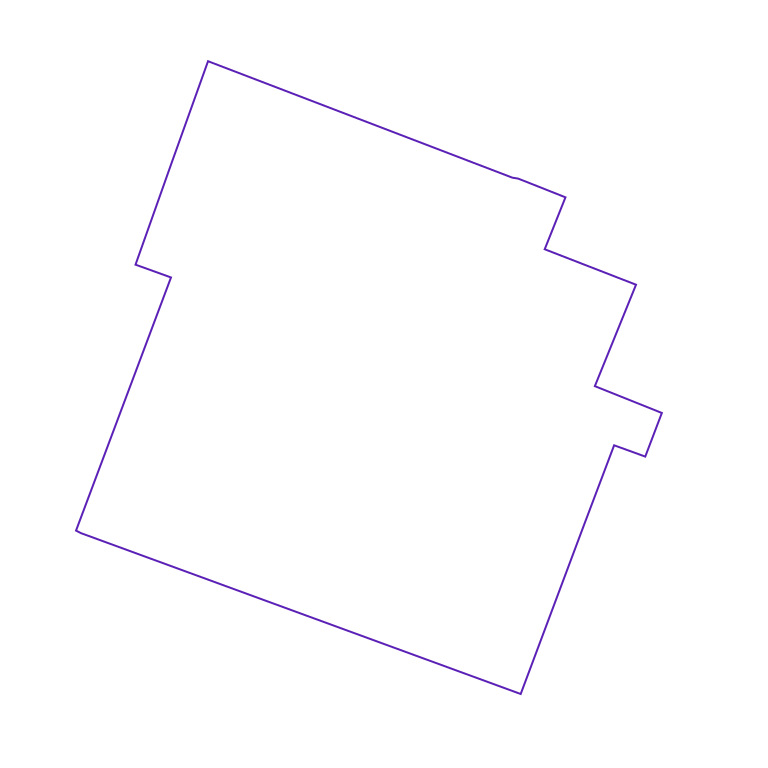 the district of Muskingum, Ohio, United States of America, rotated 198°
{"feature_id": "52423323B20353272340555", "entity_name": "Muskingum", "entity_type": "district", "adm_level": 2, "iso_a3": "USA", "parent_name": "United States of America", "parent_adm1": "Ohio", "projection": "robinson", "projection_center": [-81.974, 39.961], "detail": "fine", "context": "isolated", "style": "outline", "palette": "violet", "viewbox_px": 768, "rotation_deg": 198, "n_neighbors": 0, "source": "geoboundaries", "source_scale": "gbopen_adm2", "svg_char_len": 382}
<svg xmlns="http://www.w3.org/2000/svg" viewBox="0 0 768 768"><g transform="rotate(198 384 384)"><path d="M631.6,149.4L625.9,148.5L158.2,131.4L150.3,310.1L146.2,396.8L113.1,395.7L110.8,442.3L182.8,447.1L175.0,556.3L272.8,561.8L269.1,617.6L319.9,620.8L325.7,619.9L651.1,636.6L654.3,529.3L657.2,420.7L619.5,419.5L631.6,149.4Z" fill="none" stroke="#5b21b6" stroke-width="2"/></g></svg>